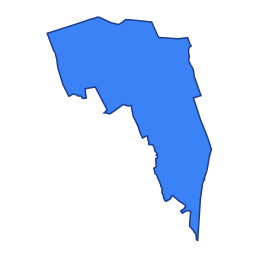 Stefan Cel Mare, Neamt, Romania, rotated 182°
{"feature_id": "2599482B75219303037693", "entity_name": "Stefan Cel Mare", "entity_type": "district", "adm_level": 2, "iso_a3": "ROU", "parent_name": "Romania", "parent_adm1": "Neamt", "projection": "albers", "projection_center": [26.525, 47.014], "detail": "fine", "context": "isolated", "style": "filled", "palette": "blue", "viewbox_px": 256, "rotation_deg": 182, "n_neighbors": 0, "source": "geoboundaries", "source_scale": "gbopen_adm2", "svg_char_len": 3584}
<svg xmlns="http://www.w3.org/2000/svg" viewBox="0 0 256 256"><g transform="rotate(182 128 128)"><path d="M161.4,237.8L161.6,237.8L162.1,237.7L162.6,237.6L163.3,237.4L164.7,236.8L165.8,236.4L169.0,235.5L178.9,231.7L192.1,226.9L212.1,219.8L212.0,219.6L204.7,202.2L203.7,201.3L203.4,200.8L202.7,198.2L201.6,194.2L200.2,185.8L194.5,169.1L188.2,157.7L187.4,157.9L186.9,158.2L186.5,158.6L184.2,160.0L183.2,159.9L182.7,159.7L180.1,159.4L179.6,158.5L179.0,158.3L177.4,158.2L176.8,158.3L175.7,158.1L174.9,156.3L174.5,156.0L173.4,156.0L172.5,156.2L171.3,156.3L170.7,156.6L171.8,162.3L172.2,165.7L172.0,165.8L162.1,167.8L149.4,145.3L152.3,142.4L152.1,142.4L150.5,142.1L149.5,142.0L147.4,141.6L146.9,141.5L146.0,141.8L140.6,145.8L139.6,146.9L139.2,146.9L133.8,151.3L128.3,150.0L127.7,150.1L125.6,150.6L123.2,139.8L123.0,139.4L120.9,135.7L118.9,131.9L118.1,130.2L117.6,129.0L117.3,128.1L117.3,127.9L116.7,126.6L116.3,125.0L113.2,118.5L111.9,119.2L111.2,119.6L110.0,120.3L109.4,120.5L108.4,120.8L108.3,120.6L108.0,120.1L107.7,116.5L107.3,116.2L107.1,116.1L107.0,115.9L106.9,115.6L106.8,114.6L106.7,112.9L106.5,112.1L104.9,112.2L102.6,112.0L102.3,111.4L101.1,109.5L100.4,106.5L100.4,106.1L99.3,104.9L98.8,104.2L98.2,103.6L97.8,103.2L97.6,102.8L97.7,102.5L98.4,102.3L98.8,101.7L98.5,101.5L97.5,100.7L97.5,98.8L99.1,98.6L98.9,95.0L98.5,90.8L98.5,90.4L98.6,90.0L99.5,89.4L100.4,89.1L100.7,88.5L100.8,88.1L100.5,87.5L100.1,86.7L99.3,83.3L97.8,82.2L97.7,82.1L96.6,79.5L96.4,78.9L95.7,77.4L94.9,76.1L94.1,74.0L93.8,73.4L93.6,73.1L93.3,72.1L93.2,71.4L93.1,71.0L93.0,70.6L92.3,69.7L92.1,69.3L92.0,69.2L91.9,68.7L91.8,68.2L91.7,67.8L91.7,67.6L91.9,67.1L92.0,66.5L91.9,65.7L91.9,65.2L91.8,64.8L91.5,63.8L91.0,62.8L90.8,62.4L90.5,62.1L90.4,61.8L90.1,61.2L90.2,60.6L90.2,60.1L90.0,59.5L89.8,59.1L89.3,58.3L89.1,58.0L89.0,57.5L88.5,56.5L86.9,56.4L86.7,56.3L86.5,56.7L86.3,57.0L85.9,57.4L85.4,57.1L85.0,57.6L84.0,58.3L82.9,59.0L82.6,59.8L82.3,60.9L82.1,61.3L81.6,61.9L81.4,62.2L76.0,58.2L75.8,57.7L68.1,52.9L67.7,51.7L68.0,50.5L68.5,50.6L68.9,49.9L69.5,49.0L69.8,48.5L70.3,48.3L70.8,48.2L72.5,46.9L72.0,46.3L71.3,45.2L70.6,44.8L70.5,45.0L70.2,45.2L69.7,45.3L69.1,45.7L69.2,45.8L69.1,46.0L68.7,46.1L68.4,46.4L68.1,46.4L68.0,46.7L67.7,46.7L67.4,47.0L67.0,47.2L66.2,47.2L65.7,47.4L64.7,47.4L64.4,47.3L64.2,47.4L63.9,47.3L63.1,47.3L62.7,47.1L62.5,46.8L63.1,32.7L62.7,31.7L62.1,31.2L61.3,30.3L60.5,29.5L60.0,28.8L59.3,28.1L58.7,27.6L58.6,27.1L58.4,26.4L57.9,26.2L57.6,26.0L57.2,25.4L57.0,24.9L56.8,24.4L56.5,24.0L55.9,21.3L55.8,19.8L55.7,18.9L55.4,18.5L54.8,18.4L54.4,18.2L53.2,59.6L51.7,73.4L51.7,73.8L51.3,76.0L51.1,76.3L50.8,77.3L50.5,78.3L50.2,78.4L49.6,79.4L50.0,79.8L50.0,80.3L49.7,81.2L49.1,83.3L48.2,86.3L47.7,88.0L47.7,88.3L47.7,88.8L47.6,89.2L47.2,91.2L47.0,93.1L46.9,93.2L45.8,101.7L45.7,101.8L45.7,102.4L45.5,102.8L45.5,103.2L44.8,105.9L44.5,107.0L43.9,109.7L48.0,121.0L56.1,139.4L63.7,160.4L56.2,162.9L61.2,175.7L62.3,178.7L63.8,182.2L64.3,186.6L64.9,188.6L66.2,191.3L67.6,193.0L68.3,194.8L69.9,197.7L69.9,198.0L69.5,199.1L69.4,199.9L69.3,200.3L69.2,200.4L69.2,201.7L69.4,202.3L69.6,202.3L69.6,202.8L69.6,203.2L69.8,204.5L70.0,205.4L70.1,207.0L70.1,207.4L70.3,208.2L70.0,209.4L69.6,210.6L69.0,211.4L68.3,211.6L67.9,211.9L68.0,212.9L68.6,213.6L69.0,213.9L71.6,220.4L80.8,218.9L100.7,219.6L108.1,234.8L125.7,235.9L130.2,236.2L132.3,236.3L133.5,236.3L133.8,236.2L134.1,236.1L134.6,235.8L135.8,234.9L137.4,233.5L139.4,232.0L139.9,231.7L140.3,231.5L141.0,231.3L142.2,231.3L144.2,231.7L148.4,232.5L151.5,233.8L159.2,237.1L160.9,237.7L161.4,237.8Z" fill="#3b82f6" stroke="#1e3a8a" stroke-width="1.5"/></g></svg>